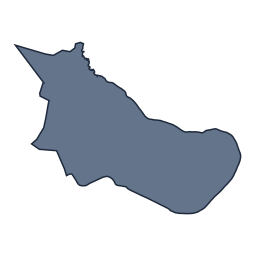 La Pointe, Saint Lucia (Natural Earth projection)
{"feature_id": "8701671B35754409069588", "entity_name": "La Pointe", "entity_type": "district", "adm_level": 2, "iso_a3": "LCA", "parent_name": "Saint Lucia", "parent_adm1": "", "projection": "natural_earth1", "projection_center": [-60.888, 13.916], "detail": "fine", "context": "isolated", "style": "filled", "palette": "slate", "viewbox_px": 256, "rotation_deg": 0, "n_neighbors": 0, "source": "geoboundaries", "source_scale": "gbopen_adm2", "svg_char_len": 4687}
<svg xmlns="http://www.w3.org/2000/svg" viewBox="0 0 256 256"><path d="M66.5,175.6L67.0,175.4L67.5,175.1L67.9,174.8L68.7,174.5L69.1,174.3L69.5,174.2L70.3,174.0L71.2,174.0L71.6,174.2L72.0,174.3L72.5,174.9L74.3,177.7L76.4,180.9L76.6,181.4L76.8,181.8L77.0,182.3L77.3,182.7L77.6,183.2L77.9,183.6L78.2,184.0L78.5,184.3L79.0,184.7L79.1,184.9L79.3,185.0L79.6,185.1L79.8,185.2L80.2,185.3L80.7,185.5L81.0,185.6L81.4,185.6L81.8,185.7L82.0,185.7L82.5,185.8L83.3,185.8L83.8,185.8L84.2,185.8L84.7,185.7L85.1,185.7L85.6,185.6L85.8,185.5L86.1,185.4L86.5,185.2L86.9,185.0L87.4,184.8L87.8,184.5L88.0,184.4L88.5,184.1L88.9,183.8L89.3,183.6L89.7,183.3L90.0,183.2L96.5,180.2L98.7,179.2L99.0,179.0L100.8,178.2L101.2,178.1L102.3,177.5L103.4,177.1L103.7,177.0L104.8,176.8L105.8,176.5L107.1,176.4L108.6,176.7L109.9,177.3L111.1,178.0L112.3,179.0L113.5,180.4L114.2,181.6L114.5,182.1L114.9,182.9L115.1,183.3L115.5,184.1L115.9,184.5L116.4,184.8L116.8,185.1L117.8,185.4L119.4,185.7L119.6,185.7L121.7,185.9L122.5,186.1L123.6,186.4L124.0,186.5L124.7,186.6L125.6,186.7L126.1,186.9L126.4,187.0L126.6,187.3L126.9,187.7L127.5,188.4L128.3,189.0L131.0,190.5L135.1,192.4L139.1,194.3L140.6,195.1L146.7,197.8L151.1,200.0L153.6,201.2L154.5,201.7L157.8,203.3L159.5,204.2L161.3,205.1L165.3,207.0L165.5,207.2L165.7,207.4L166.4,207.6L167.3,208.0L168.9,209.0L170.7,210.8L171.4,211.0L172.1,211.2L172.8,211.6L175.3,212.7L176.1,212.8L177.1,213.0L178.4,213.2L179.4,213.4L182.0,213.4L183.4,213.4L183.8,213.5L186.2,213.6L188.5,213.6L190.7,213.5L192.4,213.4L193.8,213.1L195.1,212.8L197.2,212.1L198.1,211.8L200.4,210.4L202.2,209.4L203.9,208.3L205.5,206.8L206.5,205.7L208.8,203.2L211.2,200.3L212.6,198.9L214.2,197.0L216.2,195.2L219.0,192.6L220.1,191.6L221.1,190.6L223.4,188.0L225.3,185.8L226.7,184.5L228.1,183.0L229.3,181.6L230.7,180.0L232.1,178.1L233.5,175.8L234.7,173.0L235.8,171.0L236.9,168.1L237.2,167.2L238.4,164.8L238.9,163.6L239.6,161.6L240.0,160.6L240.6,157.2L240.6,156.4L240.6,155.6L240.5,154.9L240.1,153.0L239.4,151.5L238.8,149.7L238.5,149.0L237.9,147.3L237.1,144.8L237.0,144.6L236.9,144.0L236.6,143.5L235.6,141.3L235.0,140.3L234.0,138.7L233.0,137.0L232.8,136.7L232.1,136.0L231.7,135.4L230.2,134.4L229.8,134.2L228.0,133.1L226.7,132.5L225.9,132.2L224.2,131.9L221.9,131.2L220.6,130.8L219.2,130.2L217.9,129.6L216.5,129.0L215.1,128.8L213.5,129.1L211.4,129.5L210.6,129.7L210.4,129.7L207.3,130.3L206.4,130.4L205.4,130.9L204.2,132.0L202.9,132.6L202.2,132.7L201.2,132.7L200.7,132.6L199.3,132.2L198.4,132.2L197.4,132.0L195.5,131.8L193.2,131.9L192.9,131.9L192.3,131.9L189.5,131.7L187.2,132.0L185.9,132.0L184.7,131.8L184.3,131.7L183.7,131.5L182.5,130.8L181.2,130.0L180.7,129.7L177.4,127.3L177.0,127.0L175.6,126.3L174.7,125.7L174.0,125.3L173.2,124.9L172.9,124.7L169.0,123.4L166.1,122.3L165.3,122.1L164.6,121.9L162.4,121.2L161.5,120.9L161.3,120.9L160.9,120.6L159.3,120.4L158.3,120.2L155.5,120.0L153.2,119.7L151.1,119.3L149.3,119.1L148.1,118.6L146.9,117.8L145.5,116.6L145.2,116.4L144.4,115.4L143.9,114.6L142.8,113.1L142.5,112.6L140.9,110.4L139.3,108.5L138.7,107.7L137.2,105.4L135.4,103.1L134.0,101.5L133.7,101.2L132.4,99.9L131.7,99.3L131.3,99.0L130.4,98.3L130.1,98.0L129.4,97.7L129.2,97.6L128.0,97.0L127.3,96.6L126.8,96.2L126.6,95.9L126.4,95.6L126.1,94.8L126.0,94.5L125.9,93.9L125.9,93.5L125.5,92.3L125.0,91.7L124.8,91.4L124.5,91.1L122.4,89.4L121.0,88.4L120.2,88.0L119.3,87.5L117.5,86.3L116.5,85.6L116.2,85.5L115.8,85.1L114.7,84.2L113.8,83.6L113.6,83.5L113.2,83.1L112.7,82.9L111.7,82.6L109.8,82.4L109.6,82.4L107.9,82.1L106.9,81.5L106.2,80.7L105.8,80.2L105.2,79.0L104.4,78.2L103.6,77.7L103.1,77.3L102.9,77.1L102.0,76.4L101.5,76.2L101.3,76.2L100.4,75.9L100.0,75.8L99.7,75.8L98.3,75.4L97.6,75.3L97.2,75.2L96.7,75.2L96.8,75.8L96.0,75.1L94.4,74.1L93.9,73.6L93.8,73.3L94.2,72.5L94.7,72.0L94.4,71.4L94.3,71.2L94.2,70.8L93.9,70.5L93.7,69.9L93.3,69.4L93.1,69.5L92.9,69.5L92.7,69.9L92.4,70.3L91.8,69.8L91.1,69.4L90.7,69.8L90.7,70.2L90.2,70.0L89.6,69.3L89.0,68.5L89.1,68.3L89.8,67.7L90.0,67.1L89.6,66.5L89.2,66.5L88.7,66.4L88.3,66.0L88.1,65.4L88.3,64.9L89.0,63.8L89.2,62.5L89.2,61.6L88.3,60.7L88.7,60.3L88.7,59.6L88.3,58.9L87.8,58.9L87.8,59.5L87.4,60.3L87.0,60.2L86.6,59.5L86.5,58.8L86.1,58.3L85.7,58.3L84.9,58.8L84.2,57.4L83.5,56.0L82.9,56.3L82.5,56.3L82.4,55.2L82.4,53.6L82.9,52.3L83.5,52.0L83.8,51.9L83.9,51.5L83.2,51.4L82.3,51.7L81.9,51.4L81.7,50.9L81.7,50.1L82.5,49.1L82.8,48.1L82.8,46.3L83.4,44.5L83.5,43.7L80.4,42.4L75.6,43.8L74.8,48.0L70.0,51.7L62.4,50.3L53.3,55.4L45.3,54.0L15.4,45.2L43.6,82.6L43.2,82.5L39.7,93.4L40.2,96.2L40.5,96.3L49.1,100.6L48.9,101.3L48.4,103.2L46.4,114.8L45.8,118.3L43.7,127.8L39.7,134.4L36.8,139.3L31.6,143.9L38.2,148.5L39.3,149.3L56.6,150.7L64.5,169.0L66.5,175.6Z" fill="#64748b" stroke="#1e293b" stroke-width="1.5"/></svg>